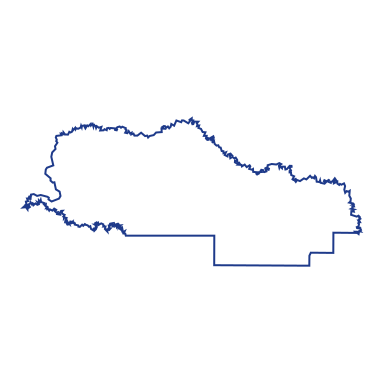 Moira, Victoria, Australia (Albers equal-area conic projection)
{"feature_id": "25037944B99849949120083", "entity_name": "Moira", "entity_type": "district", "adm_level": 2, "iso_a3": "AUS", "parent_name": "Australia", "parent_adm1": "Victoria", "projection": "albers", "projection_center": [145.363, -36.051], "detail": "fine", "context": "isolated", "style": "outline", "palette": "blue", "viewbox_px": 384, "rotation_deg": 0, "n_neighbors": 0, "source": "geoboundaries", "source_scale": "gbopen_adm2", "svg_char_len": 5924}
<svg xmlns="http://www.w3.org/2000/svg" viewBox="0 0 384 384"><path d="M149.6,136.0L148.1,137.5L147.2,135.6L145.1,136.1L141.1,132.7L137.4,135.6L134.4,135.6L133.5,133.6L131.4,134.4L131.6,132.7L130.1,133.5L128.7,131.1L127.3,133.2L125.2,132.7L126.6,130.2L125.5,129.4L125.8,128.2L122.3,126.7L121.0,127.7L119.7,126.5L117.3,127.2L116.1,128.6L117.1,129.4L116.7,130.3L115.1,130.0L114.9,128.4L110.7,128.0L109.7,128.9L108.8,127.9L107.1,128.2L106.7,130.2L104.5,129.2L103.6,130.3L100.2,130.5L101.4,126.9L98.8,127.7L96.8,126.2L96.1,127.9L95.5,125.9L94.2,125.7L94.0,123.9L93.4,126.6L92.6,123.9L91.0,125.5L90.7,123.9L88.3,126.2L87.2,125.4L85.4,128.4L84.7,127.0L85.7,126.0L84.9,125.3L81.9,125.9L81.7,127.2L81.1,125.7L80.6,127.6L78.0,128.8L76.3,128.2L75.6,129.3L75.2,127.8L73.2,130.1L72.7,129.2L72.0,131.7L70.5,132.5L69.3,131.8L68.0,134.6L65.1,134.5L63.5,132.4L63.4,134.1L61.8,133.3L61.8,134.4L60.9,134.0L61.3,135.3L56.4,135.9L55.8,137.4L56.8,139.9L56.2,141.1L57.4,142.7L55.0,146.2L55.5,149.0L52.2,152.4L51.3,156.8L53.3,165.4L47.0,167.7L45.8,169.5L45.3,173.8L50.6,178.3L50.5,180.6L52.7,182.6L54.4,182.3L55.9,189.4L59.6,191.6L60.5,196.0L59.0,198.6L51.6,201.5L48.5,199.4L48.8,197.7L47.5,196.8L40.7,195.0L37.1,195.9L33.8,194.1L31.0,194.6L30.6,198.3L29.6,197.5L30.3,196.7L29.3,196.5L28.7,197.6L29.4,198.8L27.1,198.6L28.0,201.1L25.9,201.6L26.4,204.4L25.4,205.0L26.1,206.6L24.4,206.2L23.0,207.5L25.9,207.2L27.5,209.4L27.6,207.4L28.5,208.7L28.4,207.8L29.8,207.0L29.3,206.1L27.7,206.5L27.8,204.7L30.3,203.6L30.5,202.1L32.0,204.5L32.6,203.2L33.7,203.8L33.8,204.9L35.5,203.4L37.3,204.8L38.6,204.3L37.6,202.4L38.9,203.2L38.9,200.5L40.0,201.8L40.7,200.0L41.1,202.0L44.3,203.1L43.7,204.0L44.6,205.0L45.8,204.3L45.6,206.2L47.1,206.7L46.2,208.2L47.6,208.0L47.3,209.3L48.4,209.2L49.2,210.6L50.0,209.4L52.4,210.6L54.2,208.6L55.8,209.6L54.8,210.2L55.7,210.5L55.0,211.3L56.3,212.5L57.7,212.2L57.1,214.1L59.3,214.5L58.8,213.5L60.0,214.0L59.7,213.0L61.1,210.9L62.6,210.8L61.8,211.7L62.1,213.6L64.6,214.9L63.4,216.5L64.1,216.7L64.0,218.1L64.6,217.3L66.5,218.0L66.0,218.6L66.7,220.1L65.5,220.1L65.3,221.3L66.3,220.5L67.2,221.9L66.3,222.8L67.4,224.6L68.0,224.5L67.8,222.7L69.3,224.0L68.8,222.5L70.2,222.5L70.5,220.7L70.9,222.9L72.5,221.7L72.2,222.9L73.2,222.5L73.1,223.8L73.7,222.7L74.9,223.3L74.8,224.6L78.2,225.4L78.6,227.5L78.8,226.4L79.8,226.9L82.1,224.7L83.2,225.8L85.4,223.5L85.0,224.7L87.6,225.3L89.0,226.8L90.3,226.2L91.0,228.9L92.7,230.0L93.4,229.1L94.2,230.9L95.4,229.7L94.2,229.0L95.3,228.5L94.8,227.3L96.1,228.6L96.7,227.4L96.0,226.6L96.8,226.0L94.7,224.6L95.7,224.6L95.2,223.2L96.6,222.4L97.2,223.8L98.2,222.9L98.6,224.9L101.2,223.4L103.2,224.3L103.3,226.3L105.0,225.7L104.1,226.5L105.5,226.5L104.9,229.0L107.3,231.5L106.9,229.5L109.1,230.0L110.5,228.4L108.5,228.4L109.3,227.4L108.8,225.6L111.1,225.5L109.6,225.1L110.1,223.7L111.6,223.4L110.3,224.7L112.3,224.5L112.5,226.2L113.4,226.4L113.0,225.5L114.3,223.7L115.3,225.7L116.4,224.2L118.0,223.7L118.6,224.4L116.5,224.9L116.9,227.2L118.3,225.5L118.4,227.3L119.4,225.5L120.4,225.4L119.1,226.4L119.7,228.7L120.3,229.2L121.0,227.5L121.8,230.0L122.3,228.7L123.0,232.2L124.7,231.2L123.7,233.5L125.3,233.7L125.8,235.7L214.3,235.7L214.2,265.2L309.3,265.7L309.4,255.7L310.8,252.7L333.3,252.9L333.4,232.7L355.5,232.9L354.8,231.7L358.0,231.8L357.7,233.3L358.6,234.0L359.1,231.3L360.5,231.5L359.8,230.8L361.0,230.0L360.1,228.0L360.7,227.2L359.2,228.4L357.1,228.1L356.8,227.1L358.5,226.4L359.0,224.3L358.3,223.2L359.4,222.6L358.6,221.1L359.7,221.5L358.8,219.8L360.3,218.8L359.2,217.8L359.8,217.1L358.5,215.7L356.7,216.6L351.1,214.8L351.4,211.1L353.8,211.6L353.2,209.8L354.0,209.5L351.2,208.8L352.6,208.1L352.3,207.0L353.1,206.7L352.4,206.3L354.0,206.4L353.6,204.9L352.5,204.8L353.7,204.1L353.2,203.5L349.2,202.6L350.5,201.4L350.8,198.5L349.3,195.7L349.7,190.8L348.3,191.7L346.7,191.1L345.2,192.8L344.3,189.6L345.1,186.1L344.0,183.4L341.4,184.7L340.0,183.9L339.2,184.9L337.4,183.6L337.3,181.6L333.9,183.3L334.0,180.6L336.1,180.2L334.8,178.3L332.2,181.7L331.0,181.7L330.8,182.8L328.2,181.7L329.4,179.5L326.6,181.3L324.4,180.2L323.9,181.3L325.6,182.6L324.5,183.7L320.6,182.8L320.1,180.3L319.5,182.0L316.7,181.7L316.0,177.2L315.0,176.0L314.1,178.3L312.9,177.3L311.9,177.9L310.1,175.8L306.4,179.4L303.9,178.4L300.0,181.1L297.1,180.0L295.8,181.9L295.2,181.1L296.2,179.7L295.7,178.9L293.5,180.0L292.5,179.3L294.1,176.3L291.2,175.0L291.0,172.3L289.6,172.4L289.6,171.0L290.9,170.3L289.2,167.4L291.6,166.8L291.5,165.9L289.7,165.8L286.9,169.1L285.4,169.5L284.9,166.7L282.2,166.7L282.0,168.2L280.1,166.3L279.4,167.9L278.9,165.8L281.2,164.1L279.3,163.1L276.3,164.5L271.7,164.0L267.7,165.2L267.6,167.0L266.2,167.8L268.9,168.7L268.6,169.8L265.6,169.2L266.4,171.4L264.3,172.1L263.4,171.8L263.3,170.2L261.3,169.8L260.6,170.9L261.5,172.0L257.5,172.3L258.7,173.6L257.1,174.5L256.3,173.7L256.7,172.2L253.2,171.9L253.0,169.0L251.9,169.7L249.2,168.9L250.3,166.3L249.6,165.3L246.7,167.1L244.7,164.6L241.9,166.4L241.5,164.9L238.2,164.7L239.7,163.6L239.0,162.6L236.8,163.4L234.9,162.3L235.0,160.7L237.2,161.1L237.2,159.9L235.7,157.6L234.3,158.4L232.5,156.9L230.3,158.2L229.9,155.0L231.7,155.0L230.5,153.6L227.9,154.5L227.5,156.4L224.7,155.0L225.9,152.3L223.5,153.2L223.4,151.2L221.7,151.0L220.7,147.6L219.2,147.3L218.3,145.3L216.5,145.6L214.6,143.8L214.1,141.5L211.9,142.6L213.8,140.1L212.5,139.4L211.1,140.1L210.6,139.2L213.8,137.8L213.3,136.3L209.3,138.6L207.4,137.8L208.3,139.8L207.3,139.9L205.9,138.4L206.6,135.9L203.9,135.9L205.4,132.3L202.6,132.0L201.0,128.9L198.4,127.9L199.1,125.6L197.0,126.1L197.5,124.5L196.8,123.3L198.2,121.7L194.3,121.6L193.3,124.1L192.4,124.2L191.9,122.9L193.1,120.4L191.6,120.2L191.7,118.3L189.5,119.8L189.9,121.2L188.3,123.3L183.7,120.5L182.0,120.4L181.2,122.2L176.4,120.5L174.1,125.7L171.3,124.0L170.7,126.7L169.2,128.3L167.9,126.5L166.1,127.9L165.3,126.3L163.9,126.0L162.4,127.0L164.1,128.7L161.5,128.5L161.7,132.1L156.1,132.5L153.7,135.1L149.6,136.0Z" fill="none" stroke="#1e3a8a" stroke-width="2"/></svg>